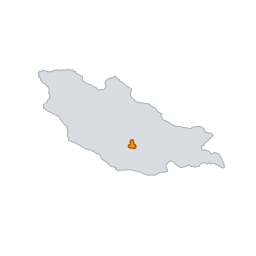 location of Xuld, Dundgovi, Mongolia, rotated 22°
{"feature_id": "93677404B62484522824212", "entity_name": "Xuld", "entity_type": "district", "adm_level": 2, "iso_a3": "MNG", "parent_name": "Mongolia", "parent_adm1": "Dundgovi", "projection": "natural_earth1", "projection_center": [105.477, 45.18], "detail": "fine", "context": "in_parent", "style": "filled", "palette": "amber", "viewbox_px": 256, "rotation_deg": 22, "n_neighbors": 0, "source": "geoboundaries", "source_scale": "gbopen_adm2", "svg_char_len": 4152}
<svg xmlns="http://www.w3.org/2000/svg" viewBox="0 0 256 256"><g transform="rotate(22 128 128)"><path d="M24.7,108.6L25.5,108.6L26.7,107.8L26.9,106.8L27.3,106.2L30.2,105.9L31.4,106.3L31.7,105.6L31.9,105.5L32.6,106.1L33.2,105.8L33.7,105.6L34.2,104.8L35.1,104.9L36.9,104.1L36.9,102.5L37.6,102.2L39.1,101.9L39.3,101.2L39.6,101.0L40.7,100.8L42.7,100.0L43.5,99.9L44.3,99.2L46.0,98.4L48.5,97.9L48.7,97.5L51.1,96.1L53.6,96.0L54.3,94.8L54.7,94.7L56.3,96.1L57.1,96.0L57.4,95.4L58.4,95.4L58.8,96.4L59.3,96.8L66.6,97.2L66.8,97.6L67.1,99.9L68.4,101.0L68.7,101.6L70.7,101.4L71.9,102.3L73.6,102.2L74.5,102.5L76.2,101.6L76.6,101.6L77.1,102.1L78.0,101.8L79.5,102.6L80.8,102.4L81.3,102.7L82.1,102.5L83.8,102.7L85.2,103.9L86.2,103.9L87.4,103.0L87.7,102.5L89.4,102.2L90.4,101.6L91.0,101.1L92.0,99.3L92.3,97.4L91.4,97.1L90.7,96.5L90.3,95.5L90.3,94.8L89.5,93.7L89.6,93.2L90.1,92.3L90.4,90.8L91.0,89.9L92.2,89.5L92.3,88.9L93.1,87.8L94.9,87.1L96.0,85.8L96.6,84.5L97.4,85.2L99.8,86.1L101.7,86.5L103.0,87.5L106.4,87.7L112.2,89.9L113.4,89.8L116.8,90.7L117.0,91.1L117.0,92.7L117.3,93.2L117.4,95.0L118.0,95.9L117.8,97.0L118.1,97.3L118.9,97.5L120.3,98.6L123.3,99.4L124.2,100.1L126.3,100.6L127.4,100.3L129.2,100.5L129.8,100.4L130.9,99.5L131.7,99.2L135.7,98.6L136.8,98.0L137.5,97.9L140.6,98.4L142.8,99.3L146.0,99.2L147.4,100.1L148.1,101.0L149.3,101.8L153.7,102.2L153.9,102.4L153.8,104.3L154.0,104.6L156.9,106.7L158.2,107.3L162.2,107.2L168.4,108.5L169.9,108.1L171.2,108.8L171.7,108.8L175.7,107.0L176.3,107.1L180.4,106.5L183.1,105.6L185.1,105.6L186.6,104.9L187.3,103.4L189.8,101.7L194.4,99.5L197.2,99.8L198.9,100.6L200.7,102.2L201.7,102.6L203.6,102.7L206.2,101.7L207.6,101.9L208.9,102.4L209.8,103.2L206.0,111.2L206.0,111.7L204.7,113.4L204.6,116.1L203.0,117.1L203.3,118.6L203.7,119.2L205.6,120.7L206.2,120.5L206.7,119.9L207.7,119.3L209.5,119.5L211.1,119.2L213.1,119.7L215.0,121.0L217.5,118.2L220.0,117.9L222.3,118.3L224.1,120.1L226.2,121.0L226.8,122.1L227.6,122.5L227.9,123.0L230.5,125.2L231.1,126.6L231.9,127.6L231.9,128.6L231.8,129.1L230.8,129.7L227.2,129.4L225.1,128.4L224.3,128.9L221.6,128.7L220.1,129.2L219.1,129.5L218.5,130.2L218.0,130.4L217.5,130.3L216.7,129.8L216.0,129.8L215.8,129.9L215.4,131.7L213.1,131.7L212.3,131.5L210.4,132.3L210.1,132.9L209.1,133.9L208.3,135.6L208.5,136.4L208.2,136.8L206.6,137.8L205.0,139.2L201.6,139.7L200.0,139.8L198.8,139.5L197.6,139.7L196.8,141.3L194.6,143.2L191.4,145.1L185.6,144.0L184.9,143.7L183.6,142.5L180.3,142.4L179.3,143.2L178.5,144.4L177.1,148.3L178.5,150.4L180.1,151.9L180.7,152.9L180.8,153.7L179.7,154.1L178.3,155.5L174.7,156.8L170.8,161.6L163.8,164.4L159.5,164.6L156.0,164.3L146.7,165.6L140.7,168.1L136.2,170.3L135.3,171.3L134.8,171.5L134.0,171.0L131.6,170.9L131.6,169.1L126.3,170.1L122.1,168.0L116.0,166.7L114.8,166.2L112.7,163.9L111.6,163.5L108.9,163.4L101.6,162.4L98.2,163.3L83.2,161.4L77.7,162.0L77.5,161.8L77.2,160.3L74.7,157.9L74.4,157.4L74.3,156.5L72.4,151.7L71.1,151.0L71.3,149.0L69.4,149.2L67.2,148.4L64.9,147.0L63.9,145.9L62.3,145.7L60.4,143.8L59.5,143.4L54.8,142.7L52.4,142.9L49.8,142.4L46.9,142.3L46.0,141.9L45.1,142.0L43.5,141.2L42.3,141.4L41.1,138.6L41.5,136.9L42.1,135.9L43.5,134.4L43.5,133.8L43.1,132.4L44.0,130.0L43.8,128.5L43.2,126.8L42.2,126.4L40.9,124.0L40.6,122.2L40.0,121.0L38.6,120.2L38.2,119.2L37.8,119.1L37.4,119.4L36.5,119.6L35.7,118.9L35.2,118.1L34.7,117.9L33.8,117.9L32.9,118.3L31.9,118.1L31.1,117.4L29.0,116.3L29.0,115.5L28.7,115.0L28.1,114.8L27.5,114.3L25.4,113.6L25.4,113.2L26.0,112.3L24.6,111.6L24.1,110.9L25.0,109.9L24.7,109.3L24.7,108.6Z" fill="#d9dde1" stroke="#a8b0b8" stroke-width="1"/><path d="M138.1,145.6L138.9,145.2L140.4,144.8L140.7,144.8L141.9,144.6L142.3,142.9L142.5,142.5L141.9,142.1L141.7,141.8L141.7,140.9L141.8,140.9L141.5,140.9L141.1,140.9L140.9,141.0L140.4,141.1L140.2,141.0L139.8,140.6L139.6,140.5L139.4,140.2L139.0,139.7L138.5,139.1L138.0,138.3L137.4,137.4L136.4,137.5L136.2,137.5L135.5,137.7L135.4,137.8L135.4,138.5L135.4,138.8L135.1,139.2L135.4,139.5L135.3,140.1L135.4,140.5L135.5,140.8L136.2,141.1L136.4,142.0L136.3,142.6L136.2,142.9L135.9,143.0L135.2,143.4L135.1,144.4L135.6,145.4L136.5,145.5L137.1,145.5L138.1,145.6Z" fill="#f59e0b" stroke="#b45309" stroke-width="1.5"/></g></svg>